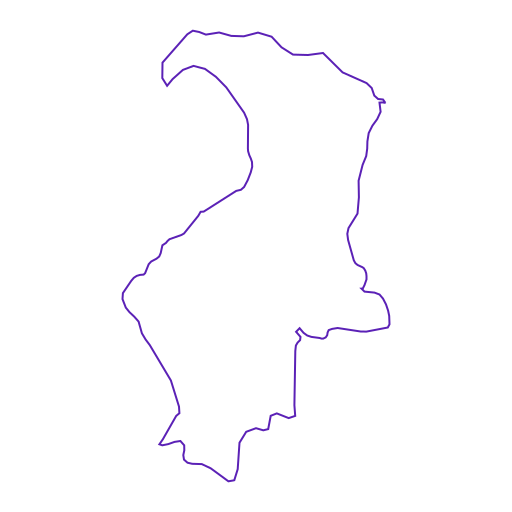 SVG path tracing the border of Hatay
{"feature_id": "TUR-2289", "entity_name": "Hatay", "entity_type": "Province", "adm_level": 1, "iso_a3": "TUR", "parent_name": "Turkey", "parent_adm1": "", "projection": "orthographic", "projection_center": [36.26, 36.42], "detail": "fine", "context": "isolated", "style": "outline", "palette": "violet", "viewbox_px": 512, "rotation_deg": 0, "n_neighbors": 0, "source": "natural_earth", "source_scale": "10m", "svg_char_len": 2079}
<svg xmlns="http://www.w3.org/2000/svg" viewBox="0 0 512 512"><path d="M385.5,102.9L385.2,102.8L382.3,102.4L379.5,102.6L380.6,111.8L377.2,119.1L372.4,125.7L368.7,133.1L367.4,141.4L367.2,148.7L366.2,156.1L362.6,164.9L358.6,180.7L358.9,197.4L357.5,213.6L348.5,228.1L347.3,233.8L348.1,240.0L353.8,260.3L355.4,263.2L357.6,265.0L362.4,267.2L363.8,268.2L365.3,270.7L366.2,273.3L366.5,276.1L366.5,279.4L364.5,285.1L362.8,288.5L361.5,288.6L364.5,291.6L374.5,292.6L379.5,294.5L383.0,298.6L386.0,304.4L388.1,310.6L389.2,315.9L389.5,324.3L387.8,327.5L366.4,331.6L360.6,331.5L337.6,328.0L332.1,328.9L328.7,330.1L327.6,332.5L327.2,335.2L325.7,337.4L323.2,338.6L321.5,338.6L319.7,338.0L311.4,336.9L307.2,335.5L303.5,332.8L299.6,328.2L296.1,331.8L300.5,336.9L300.1,340.1L297.6,342.6L295.9,345.5L295.3,351.0L294.4,405.2L295.2,415.9L288.7,418.1L276.8,413.4L270.7,415.8L268.2,429.1L263.3,430.3L256.0,428.2L246.2,431.8L239.5,442.7L237.7,469.2L234.3,480.2L233.6,480.4L228.4,481.3L210.7,468.3L201.8,464.1L192.2,463.8L187.5,462.7L184.0,459.6L183.3,455.1L184.3,450.2L184.2,445.3L180.4,441.0L174.5,441.9L168.3,444.1L162.3,445.3L159.4,444.3L162.9,439.2L176.2,415.9L179.4,413.2L179.0,406.6L170.9,380.5L149.8,345.1L145.6,339.5L141.9,333.3L138.6,321.6L134.3,316.7L129.5,312.2L125.8,307.6L122.5,299.1L122.9,293.1L131.2,280.9L133.8,277.8L136.7,275.9L140.0,274.9L143.6,274.6L145.1,273.2L148.7,264.2L151.2,261.5L156.5,258.7L159.2,256.5L160.7,253.1L162.4,245.3L166.0,242.9L167.5,241.0L169.5,239.2L181.4,235.0L184.0,233.5L198.3,215.8L200.6,211.8L203.7,211.6L236.2,190.9L240.9,189.8L244.1,187.0L247.7,180.2L250.7,172.5L252.2,166.8L252.0,162.0L250.8,158.5L249.3,155.2L248.1,151.2L247.9,148.6L248.1,124.9L247.0,119.2L244.1,112.7L226.3,87.4L216.0,76.9L205.0,68.9L193.5,65.9L182.9,69.9L172.6,79.1L167.1,85.8L162.3,78.1L162.5,62.6L187.3,34.3L192.8,30.7L199.2,32.0L205.9,34.6L219.1,32.5L231.3,35.9L243.8,36.3L258.0,32.6L271.6,36.7L281.5,47.3L293.0,54.6L308.0,55.0L323.0,53.0L342.6,72.4L366.6,83.1L371.7,88.0L374.3,95.6L378.1,99.0L383.0,99.5L385.4,102.9L385.5,102.9Z" fill="none" stroke="#5b21b6" stroke-width="2"/></svg>